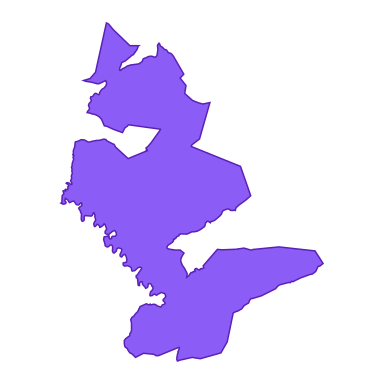 the district of San Juan Quiotepec, Oaxaca, Mexico
{"feature_id": "50627088B77784683352212", "entity_name": "San Juan Quiotepec", "entity_type": "district", "adm_level": 2, "iso_a3": "MEX", "parent_name": "Mexico", "parent_adm1": "Oaxaca", "projection": "albers", "projection_center": [-96.65, 17.673], "detail": "fine", "context": "isolated", "style": "filled", "palette": "violet", "viewbox_px": 384, "rotation_deg": 0, "n_neighbors": 0, "source": "geoboundaries", "source_scale": "gbopen_adm2", "svg_char_len": 5926}
<svg xmlns="http://www.w3.org/2000/svg" viewBox="0 0 384 384"><path d="M178.8,360.4L192.1,357.4L200.3,358.7L220.9,352.9L227.2,341.9L233.2,313.0L236.1,311.5L237.8,311.1L241.8,308.8L243.4,306.5L244.7,305.2L248.6,303.0L249.4,300.7L250.9,298.6L252.2,298.6L261.2,295.9L275.6,288.7L277.6,286.3L279.5,284.9L288.5,282.5L290.1,282.7L290.6,282.5L291.2,281.5L291.8,281.3L292.9,281.7L300.1,278.1L310.2,274.4L312.3,274.1L315.7,271.5L318.1,266.4L319.8,266.1L323.1,263.5L315.0,250.9L278.9,246.9L252.7,249.5L251.4,250.2L244.0,248.1L237.5,249.0L237.4,249.2L222.0,249.8L217.4,249.4L203.2,265.8L203.8,267.9L201.7,268.8L201.2,268.5L200.2,269.0L199.8,269.9L198.8,269.9L196.3,268.4L195.9,268.5L195.0,269.1L194.6,270.1L195.1,271.4L194.9,271.6L193.2,271.6L192.2,272.6L191.0,272.5L188.7,275.8L186.7,277.3L187.2,273.6L184.7,268.6L182.3,265.2L180.9,261.6L180.8,259.0L182.1,256.1L184.0,253.1L180.1,250.0L175.4,250.1L169.2,249.1L167.3,248.5L166.9,247.0L168.0,245.3L172.4,242.3L173.3,241.2L173.5,239.3L174.6,239.4L174.9,238.5L176.3,237.8L176.4,236.9L179.0,235.7L179.2,234.5L181.4,233.9L187.0,234.1L192.1,231.7L193.5,231.9L197.3,231.2L201.0,229.2L204.7,226.4L205.6,223.0L207.1,221.4L208.1,221.3L210.4,222.8L211.0,221.6L213.0,221.1L215.1,220.0L219.8,216.0L221.3,214.3L222.7,211.0L223.8,210.3L227.5,208.9L229.2,209.2L230.5,210.4L233.1,210.5L234.2,210.1L235.3,210.5L236.0,207.8L238.9,205.1L246.4,199.6L250.7,195.7L240.5,166.4L191.3,146.5L191.9,144.8L199.5,139.0L209.9,102.6L202.9,104.0L199.0,103.0L192.6,100.5L184.7,93.5L186.0,85.5L180.1,78.0L183.8,74.2L173.4,56.2L172.0,54.4L170.6,53.3L168.3,52.6L166.4,49.9L164.6,49.4L163.1,48.1L162.6,47.2L160.5,46.2L159.5,43.6L159.0,43.2L157.6,44.9L157.5,46.6L157.9,49.3L157.0,55.4L156.2,56.5L154.9,57.4L153.8,56.8L151.6,56.2L149.5,56.3L147.7,56.8L146.1,57.8L144.4,58.2L143.2,58.9L142.0,61.7L138.7,63.9L130.5,65.0L127.1,66.1L124.1,68.2L123.4,68.2L121.5,69.4L120.9,70.2L120.3,70.5L119.7,70.3L119.7,67.9L120.9,65.5L121.7,62.5L125.1,61.1L131.9,55.4L133.5,54.5L137.1,49.4L138.3,46.0L138.7,45.7L129.9,45.7L113.3,29.7L108.6,24.0L106.4,23.0L95.5,72.3L90.1,78.5L83.6,80.5L86.1,81.4L91.6,82.2L96.9,83.7L99.1,83.7L105.6,80.6L106.2,81.6L106.6,83.9L106.0,85.5L104.1,88.0L102.3,89.0L100.8,90.6L99.5,92.9L99.5,94.1L99.1,94.5L98.5,94.7L95.9,93.3L95.2,93.4L94.4,93.9L92.7,96.4L90.7,96.9L90.4,98.2L91.3,100.6L90.9,101.6L89.1,103.5L88.6,104.7L88.5,105.8L89.5,107.9L89.4,108.8L88.9,109.9L87.6,111.3L87.1,112.6L89.9,113.1L92.2,114.0L94.2,114.2L97.2,115.5L99.0,116.7L100.6,118.2L101.7,119.7L104.3,125.8L106.9,126.3L113.3,129.3L122.5,132.6L124.8,128.0L127.4,126.1L128.5,124.8L160.4,129.2L160.4,129.7L151.2,142.6L148.0,146.4L146.0,148.0L146.6,149.0L146.4,149.5L147.2,149.9L147.4,150.6L146.2,150.5L146.0,150.8L146.2,151.1L128.1,158.6L115.5,147.0L114.1,144.3L113.0,144.0L107.0,140.9L105.9,139.5L103.8,139.1L99.4,140.3L96.8,140.4L91.6,141.4L89.4,142.1L88.2,142.0L84.3,139.9L81.8,139.7L80.9,139.8L78.1,141.2L75.5,141.8L75.2,142.4L74.7,146.9L73.3,150.7L73.4,153.3L72.8,154.9L73.9,155.4L73.0,157.5L73.7,159.1L72.3,163.2L72.0,166.1L71.5,167.3L72.1,169.2L71.8,170.5L72.3,173.3L71.3,176.1L71.7,178.2L70.6,180.9L71.8,182.9L71.8,184.1L71.7,184.5L70.6,184.4L69.5,183.3L67.8,182.6L66.8,182.7L66.2,183.2L68.3,184.9L68.7,185.7L68.6,186.2L68.3,186.8L67.8,186.9L68.1,187.4L67.6,189.6L65.6,189.3L65.2,189.5L65.5,191.0L64.0,190.6L63.0,191.0L63.9,193.6L62.2,195.6L61.9,201.2L61.7,202.6L60.9,203.1L62.9,204.1L64.0,204.1L65.6,203.6L66.1,202.4L65.0,200.8L64.9,200.1L65.4,198.4L67.8,200.0L69.4,202.6L73.0,201.1L74.0,201.2L76.1,204.3L76.9,204.8L78.7,204.9L80.8,202.9L81.6,203.0L81.8,204.3L81.6,205.8L79.6,207.1L78.7,208.1L79.0,209.1L80.2,210.6L80.6,212.4L81.5,213.6L81.2,219.1L81.7,220.8L82.6,221.3L83.9,220.6L84.3,219.0L84.1,217.5L84.4,216.3L85.1,215.6L91.1,216.1L92.2,215.5L93.5,212.8L93.9,212.7L95.0,215.1L94.8,216.5L95.7,220.1L94.3,222.3L93.7,224.1L94.5,226.6L95.5,226.3L97.0,224.3L98.0,224.6L99.5,225.9L99.7,227.3L100.5,227.2L102.9,225.6L103.9,223.9L104.4,223.9L105.3,225.2L106.7,229.2L105.4,230.8L105.0,232.1L105.3,233.4L108.7,235.1L109.3,234.0L112.6,231.3L114.5,230.6L115.5,231.3L116.2,232.8L116.4,235.1L115.4,236.2L112.5,236.3L111.5,237.3L111.6,238.4L111.2,238.7L109.9,238.9L109.1,238.1L109.1,236.4L106.8,236.3L104.1,236.9L103.6,239.6L104.8,243.3L105.2,245.8L106.3,246.6L107.5,247.0L108.2,246.8L110.6,244.9L111.4,244.9L112.1,245.4L112.7,247.4L112.4,251.0L113.3,252.8L114.0,253.1L116.2,251.3L117.1,248.6L117.7,248.1L119.1,248.0L121.6,248.9L121.8,250.5L120.0,254.6L120.1,256.0L121.3,257.0L121.8,256.9L122.8,255.5L124.4,254.4L125.1,254.4L126.3,256.8L126.9,260.1L126.3,262.3L124.2,262.6L123.1,263.1L123.2,264.9L124.4,266.1L127.8,265.7L131.1,267.4L131.8,270.6L132.3,271.1L134.9,270.6L138.0,267.7L140.1,267.1L141.3,267.6L141.6,268.6L138.4,273.2L137.5,274.9L136.4,275.4L136.1,276.1L136.3,277.7L137.4,278.1L138.2,285.2L138.9,285.6L139.6,285.5L139.5,284.1L139.8,282.7L140.6,281.8L142.2,281.7L142.5,284.3L145.1,287.2L145.6,288.3L146.9,287.8L147.8,286.8L148.4,283.8L149.6,283.6L150.7,283.9L151.3,284.5L152.1,286.5L152.8,286.9L153.1,288.4L152.3,290.0L150.4,292.1L149.9,294.7L149.9,295.5L150.3,295.9L152.4,295.5L153.6,294.3L154.6,294.1L156.1,295.1L156.9,295.1L157.5,294.5L161.3,292.5L164.7,293.6L165.0,294.1L165.8,296.2L164.9,297.9L163.3,299.4L163.1,300.1L163.1,300.7L164.6,302.1L165.1,303.0L165.0,303.7L164.3,304.2L162.2,305.0L160.9,307.1L157.1,305.8L155.8,304.7L154.5,304.3L153.0,304.3L151.3,304.9L150.5,304.6L150.2,304.1L148.9,304.9L146.4,303.8L140.0,306.6L139.3,308.6L138.8,308.9L138.6,309.9L137.0,312.5L135.8,313.4L133.8,316.1L132.0,317.3L130.7,319.6L131.5,323.0L131.5,330.1L130.9,332.2L129.9,333.6L129.7,335.7L125.6,338.7L124.3,340.5L124.3,343.4L124.6,345.6L125.1,347.0L127.3,348.5L128.0,350.2L129.8,352.8L132.1,354.0L135.5,357.4L143.5,353.3L153.9,354.3L156.1,355.7L158.6,355.6L177.7,347.8L179.2,347.5L179.3,348.5L177.9,351.9L178.2,352.5L177.6,353.6L176.9,357.3L176.8,359.3L177.3,360.9L178.0,361.0L178.8,360.4Z" fill="#8b5cf6" stroke="#5b21b6" stroke-width="1.5"/></svg>